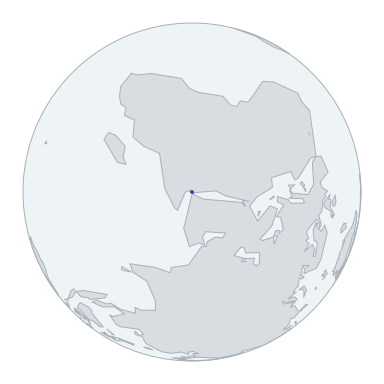 Obock highlighted on a globe, orthographic projection, rotated 127°
{"feature_id": "DJI-1570", "entity_name": "Obock", "entity_type": "Region", "adm_level": 1, "iso_a3": "DJI", "parent_name": "Djibouti", "parent_adm1": "", "projection": "orthographic", "projection_center": [43.052, 12.273], "detail": "fine", "context": "on_globe", "style": "filled", "palette": "violet", "viewbox_px": 384, "rotation_deg": 127, "n_neighbors": 0, "source": "natural_earth", "source_scale": "10m", "svg_char_len": 8832}
<svg xmlns="http://www.w3.org/2000/svg" viewBox="0 0 384 384"><g transform="rotate(127 192 192)"><circle cx="192" cy="192" r="169" fill="#eef3f6" stroke="#a8b0b8"/><path d="M117.7,40.3L116.5,40.8L115.0,41.6L117.7,40.3ZM108.9,44.9L112.3,43.2L101.5,49.5L92.1,56.4L89.5,58.3L86.7,59.9L87.8,59.0L98.1,51.6L108.9,44.9ZM79.0,66.3L77.4,67.8L79.0,66.3ZM23.1,196.9L24.5,204.6L27.3,215.0L28.7,225.1L29.1,234.3L36.1,257.2L36.4,257.7L31.9,246.0L28.3,234.0L25.7,221.8L23.9,209.4L23.1,196.9ZM160.4,26.0L160.8,25.9L158.0,26.5L157.3,26.6L160.4,26.0ZM148.5,29.1L150.0,28.5L152.6,27.9L148.5,29.1ZM161.5,25.8L162.5,25.6L163.7,25.4L163.9,25.4L161.5,25.8ZM174.1,24.0L174.3,24.0L171.3,24.3L174.1,24.0ZM167.8,24.9L160.9,26.1L157.5,27.0L155.1,27.5L161.0,26.0L167.8,24.9ZM169.5,24.6L167.9,24.9L165.7,25.1L165.4,25.1L169.5,24.6ZM180.3,23.4L179.2,23.5L179.8,23.5L180.3,23.4ZM167.2,25.1L168.9,24.9L167.2,25.1L167.2,25.1ZM176.0,23.9L176.5,23.8L177.7,23.7L176.0,23.9ZM171.8,24.6L169.6,24.9L169.3,24.8L171.8,24.6ZM174.1,24.2L175.6,24.1L170.6,24.6L174.1,24.1L174.1,24.2ZM177.1,23.8L178.0,23.7L176.7,23.8L177.1,23.8ZM174.0,24.9L167.7,25.6L167.1,25.3L173.3,24.6L174.0,24.9ZM266.7,40.4L271.4,42.8L271.9,43.1L272.6,43.5L277.8,47.5L289.5,56.5L290.2,55.6L294.4,58.3L308.2,70.4L321.3,89.1L327.1,94.9L329.9,99.1L330.5,102.1L326.3,96.0L323.5,94.2L321.1,90.6L320.6,94.1L317.1,89.2L318.5,94.9L322.1,98.6L323.8,96.9L326.5,104.6L333.1,111.2L337.9,120.2L340.8,137.8L337.6,144.4L338.2,147.6L334.8,144.8L333.5,151.6L342.5,167.7L343.3,172.8L339.7,183.9L339.0,180.2L329.9,172.7L330.5,185.2L337.5,194.0L340.0,205.6L335.6,202.9L332.9,192.8L329.6,189.9L328.8,179.1L323.0,164.1L318.4,168.0L317.2,161.7L308.4,150.1L301.1,155.6L290.4,174.3L291.6,190.6L286.7,198.4L274.4,176.3L269.7,161.0L264.7,163.0L252.4,150.9L229.7,151.6L226.9,147.8L222.6,149.9L214.0,146.2L210.0,139.9L204.6,140.5L215.5,157.2L221.3,156.7L226.8,149.9L228.7,156.0L237.1,161.1L226.2,176.6L193.2,190.9L190.9,178.7L170.2,145.7L171.3,142.1L171.2,141.6L171.0,140.9L168.2,146.8L165.0,140.4L175.1,163.3L176.5,173.2L192.8,191.7L191.0,193.6L196.5,197.4L215.2,192.4L215.1,196.5L205.8,215.6L180.7,241.2L184.5,258.1L183.6,272.2L169.1,281.3L171.6,292.0L164.3,295.5L164.7,301.4L159.5,307.3L150.4,312.6L133.6,311.7L131.6,306.4L121.7,295.5L107.6,268.7L110.8,257.0L108.9,247.4L96.9,224.9L99.5,213.1L96.5,207.7L90.2,208.3L86.9,201.8L83.2,201.2L61.0,202.0L55.0,192.9L49.5,167.0L54.1,158.2L56.2,147.1L88.6,114.6L94.0,117.6L117.8,115.6L120.5,117.2L116.1,125.3L132.7,137.1L140.0,130.5L156.6,137.2L168.6,137.4L175.7,122.1L156.0,121.2L154.1,113.6L171.2,107.8L188.7,109.4L188.5,106.6L178.8,99.9L184.1,95.1L175.6,97.3L178.1,100.2L172.7,101.9L170.2,99.4L172.1,97.6L167.3,96.2L159.0,105.8L160.6,109.8L147.0,111.0L148.4,118.0L144.2,121.1L140.3,110.4L141.7,106.7L133.2,95.5L130.5,99.4L138.3,110.5L135.3,109.4L131.6,115.6L132.0,110.1L124.2,97.8L112.7,99.4L95.8,113.7L89.7,114.4L85.6,110.7L94.1,95.4L106.9,95.7L110.1,91.1L109.6,84.0L113.5,85.0L114.9,82.3L119.9,82.5L129.0,76.9L134.5,76.7L140.0,69.4L143.6,68.6L139.3,73.0L139.2,76.3L153.0,76.9L156.2,75.5L158.7,70.9L162.2,72.0L162.8,67.5L171.7,66.4L161.4,64.3L164.0,59.7L170.4,56.6L169.5,55.0L159.1,60.1L156.6,62.6L157.4,65.2L149.0,72.8L143.8,73.8L145.6,65.1L138.5,66.0L143.1,59.6L168.4,48.4L178.0,46.9L189.7,53.3L186.4,55.7L180.5,54.5L184.2,59.5L184.7,57.2L187.6,58.4L190.9,55.0L193.1,55.7L192.4,51.4L195.5,51.9L195.8,54.6L203.3,50.7L210.2,51.3L210.8,50.2L209.5,48.8L219.1,50.9L219.1,50.0L216.0,48.9L214.0,46.6L214.3,43.4L217.6,44.3L217.9,45.6L223.7,49.9L224.1,53.5L225.5,53.6L225.9,50.7L218.9,45.4L218.1,43.3L222.0,45.5L220.5,44.5L221.2,43.8L224.9,44.0L220.9,41.6L223.6,34.4L231.1,34.8L234.2,37.1L239.5,34.7L247.6,36.5L244.7,35.3L245.3,34.1L242.8,33.5L241.4,32.9L241.8,30.9L244.5,31.5L242.1,30.7L254.6,35.1L266.7,40.4ZM75.8,131.8L74.5,135.0L75.8,131.8ZM206.3,119.6L217.4,120.3L213.9,110.7L217.8,110.4L215.2,107.4L213.6,110.1L207.3,102.2L212.6,99.6L212.0,95.7L208.3,95.4L199.6,101.6L208.5,112.5L205.3,116.4L206.3,119.6ZM80.9,65.5L76.7,69.3L79.3,66.7L77.8,67.9L81.4,64.3L88.4,59.1L84.6,61.9L80.9,65.5ZM117.3,69.6L118.4,71.2L115.4,74.0L108.6,75.6L112.7,71.5L117.3,69.6ZM120.5,73.1L124.3,64.9L128.7,64.0L125.6,65.8L128.1,66.0L123.8,69.1L124.4,76.9L121.8,80.0L110.5,80.4L115.6,78.4L114.3,76.6L120.5,73.1ZM125.9,49.7L127.6,47.3L135.0,48.3L132.6,50.5L125.6,51.8L124.3,50.1L125.9,49.7ZM134.9,33.0L135.1,32.9L136.4,32.5L137.3,32.2L134.9,33.0ZM129.6,35.0L133.2,33.7L135.5,32.9L143.4,30.2L147.0,29.1L154.6,27.2L156.1,26.9L155.3,27.2L152.5,27.8L153.4,27.7L148.8,28.8L149.0,28.9L135.6,33.3L135.1,33.3L127.8,36.6L123.7,37.9L128.5,35.7L119.9,39.5L122.6,38.0L116.9,40.8L127.2,36.0L129.6,35.0ZM172.8,30.2L169.9,29.7L171.0,31.9L166.3,32.1L166.7,32.4L162.7,33.3L158.6,35.0L156.7,34.9L155.9,35.7L153.2,36.5L151.5,37.6L147.5,38.0L145.0,39.4L144.5,38.8L141.4,41.3L141.9,39.7L138.5,40.9L139.8,41.8L122.4,43.7L114.7,46.5L107.9,50.0L109.7,47.4L117.2,42.8L127.0,38.1L134.2,36.1L133.7,35.6L137.0,34.5L136.0,35.4L139.5,33.5L141.9,33.0L150.6,30.3L154.1,28.6L157.4,27.8L157.3,28.2L160.6,27.2L162.6,27.6L164.9,27.1L169.2,27.3L167.5,28.9L170.3,28.3L173.7,28.7L172.8,30.2ZM175.0,25.0L174.1,26.2L171.1,27.1L164.9,26.4L162.4,26.8L158.4,26.9L162.9,25.8L163.6,25.8L165.4,25.6L163.3,26.0L166.3,25.5L167.4,25.6L170.1,25.4L169.0,25.8L175.0,25.0ZM124.6,114.4L126.9,114.9L130.7,114.8L128.4,119.0L124.6,114.4ZM119.0,106.0L121.2,105.7L119.9,111.0L117.6,110.6L119.0,106.0ZM123.5,101.2L121.4,105.3L121.2,102.9L123.5,101.2ZM141.4,72.6L143.9,72.2L143.8,73.3L141.9,74.8L141.4,72.6ZM175.1,38.6L173.9,37.7L174.9,37.4L175.6,35.0L179.2,35.0L180.1,36.4L175.1,38.6ZM171.8,124.6L167.7,127.4L166.1,125.9L167.8,125.2L171.8,124.6ZM146.5,123.2L151.8,125.4L145.9,124.3L146.5,123.2ZM179.1,38.2L179.0,37.1L180.8,37.8L179.1,38.2ZM181.8,34.8L184.1,35.4L179.7,34.7L181.8,34.8ZM240.8,337.2L242.0,338.6L239.3,339.0L240.8,337.2ZM213.1,269.7L202.8,294.1L194.6,294.3L192.6,287.3L195.9,272.6L205.3,268.2L209.7,261.4L213.1,269.7ZM353.6,228.0L354.6,228.1L354.4,228.9L353.6,228.0ZM352.7,226.1L354.1,225.5L352.1,227.9L352.7,226.1ZM354.6,225.3L356.0,223.1L356.7,221.5L356.3,223.2L354.6,225.3ZM351.6,226.6L344.0,229.2L340.5,228.3L341.7,225.2L347.3,224.1L351.6,226.6ZM341.4,225.2L335.7,218.9L325.0,198.1L328.9,197.7L339.5,209.2L338.9,211.8L342.4,217.1L341.4,225.2ZM354.0,206.5L353.3,214.0L349.5,214.9L347.5,214.4L346.2,205.5L347.0,200.5L348.7,200.0L353.3,181.9L355.3,185.0L354.4,192.4L355.9,198.1L354.0,206.5ZM292.4,192.1L296.7,201.3L293.8,203.3L292.4,192.1ZM353.6,169.9L352.8,177.7L353.0,167.7L353.6,169.9ZM352.8,160.8L353.7,164.3L352.3,161.2L352.8,160.8ZM339.6,152.3L337.9,153.7L337.1,151.3L338.9,148.1L339.6,152.3ZM341.7,128.0L344.4,134.9L345.1,137.3L342.9,133.4L341.7,128.0ZM209.1,39.4L204.2,42.4L203.0,45.3L206.0,47.6L199.6,45.9L201.5,41.5L209.1,39.4ZM221.4,34.7L218.8,33.2L221.3,33.4L222.2,33.7L221.4,34.7ZM218.9,34.1L213.1,33.3L212.5,32.1L217.2,33.0L218.9,34.1ZM196.0,34.8L194.3,35.6L192.9,35.0L196.0,34.8ZM331.5,287.3L325.6,294.5L324.9,294.0L328.5,289.0L334.8,275.6L335.4,275.5L339.3,266.1L347.5,254.8L354.4,237.0L354.9,236.7L355.1,236.1L350.8,249.6L345.4,262.7L339.0,275.3L331.5,287.3ZM355.9,227.2L357.9,220.6L358.3,219.6L355.9,227.2ZM360.7,201.9L360.7,200.8L360.8,200.0L360.7,201.9ZM360.9,197.4L360.8,196.3L360.9,194.5L360.9,197.4ZM359.8,204.8L359.6,206.8L359.4,205.6L359.8,204.8ZM360.1,203.3L360.5,204.5L360.0,205.0L360.1,203.3ZM356.7,199.3L357.1,203.6L358.5,199.8L357.5,204.7L357.9,211.6L357.4,214.7L357.0,207.1L356.1,215.7L355.4,215.9L355.5,208.9L356.5,199.8L357.1,195.8L359.3,192.8L356.7,199.3ZM360.3,197.7L360.1,192.6L360.2,188.9L360.4,191.5L360.3,197.7ZM358.7,180.7L357.1,175.3L356.5,178.2L357.0,168.7L358.5,175.4L358.7,180.7ZM356.2,168.1L355.7,170.7L355.7,165.3L356.2,168.1ZM355.1,168.9L354.2,164.8L355.0,164.9L355.1,168.9ZM356.6,168.0L355.4,160.9L356.5,164.8L356.6,168.0ZM351.8,155.9L354.9,161.6L352.2,160.0L348.5,146.9L349.4,146.1L351.8,155.9ZM334.2,102.8L332.0,99.6L331.8,98.5L333.3,101.0L334.2,102.8ZM329.1,93.3L331.0,97.2L332.2,101.0L333.4,102.3L336.7,108.2L332.9,103.3L329.7,96.5L329.4,94.7L326.1,90.1L323.9,86.7L319.4,81.4L317.4,79.0L321.4,83.4L329.1,93.3ZM313.4,74.5L315.6,76.8L314.8,76.2L317.5,79.2L308.9,70.2L310.0,71.1L313.4,74.5ZM307.1,68.4L306.3,67.9L291.8,56.4L289.1,54.3L300.6,62.7L300.4,62.7L303.8,65.6L307.1,68.4ZM240.0,32.6L238.4,31.8L240.0,32.0L240.0,32.6ZM234.8,30.1L234.1,30.3L233.4,29.7L234.8,30.1ZM232.9,31.2L233.2,30.2L234.9,31.7L232.9,31.2Z" fill="#d9dde1" stroke="#a8b0b8" stroke-width="1"/><path d="M191.5,191.0L192.2,190.7L192.2,190.8L192.3,190.8L192.6,191.2L192.7,191.3L192.8,191.4L192.8,191.5L192.9,191.8L193.0,192.1L193.0,192.3L193.1,192.5L192.9,192.8L192.7,192.9L192.4,192.9L192.4,193.0L192.1,193.3L192.0,193.2L191.9,193.0L191.9,192.9L191.3,192.3L191.2,192.3L191.2,192.2L190.9,191.9L191.0,191.8L191.0,191.7L191.3,191.5L191.2,191.4L191.4,191.2L191.5,191.0L191.5,191.0Z" fill="#8b5cf6" stroke="#5b21b6" stroke-width="1.5"/></g></svg>